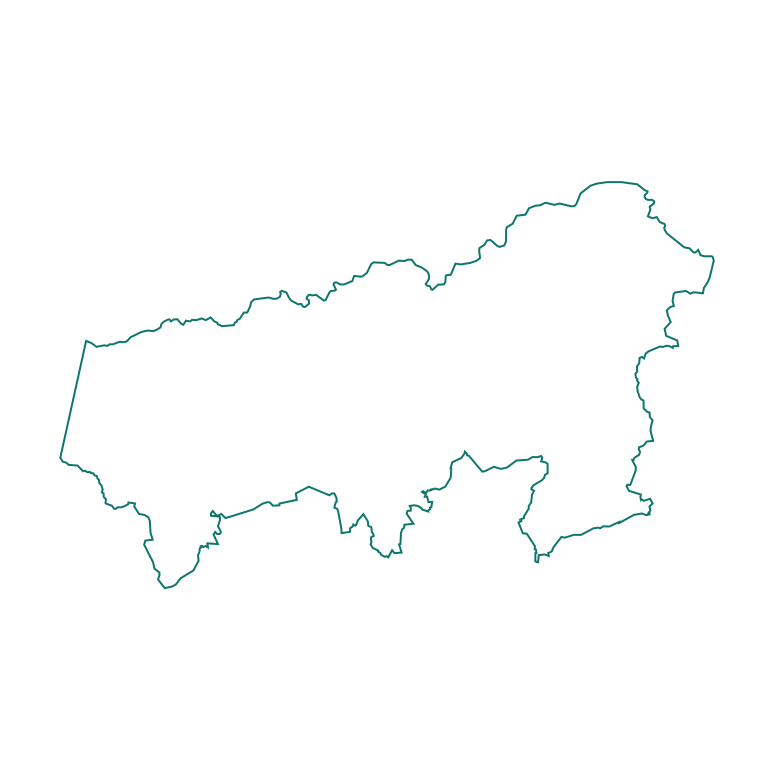 outline of Tecozautla, Hidalgo, Mexico, rotated 7°
{"feature_id": "50627088B66071883870348", "entity_name": "Tecozautla", "entity_type": "district", "adm_level": 2, "iso_a3": "MEX", "parent_name": "Mexico", "parent_adm1": "Hidalgo", "projection": "natural_earth1", "projection_center": [-99.632, 20.54], "detail": "fine", "context": "isolated", "style": "outline", "palette": "teal", "viewbox_px": 768, "rotation_deg": 7, "n_neighbors": 0, "source": "geoboundaries", "source_scale": "gbopen_adm2", "svg_char_len": 6142}
<svg xmlns="http://www.w3.org/2000/svg" viewBox="0 0 768 768"><g transform="rotate(7 384 384)"><path d="M665.2,469.9L662.1,465.5L656.1,468.3L653.3,466.8L653.1,467.3L652.3,465.2L652.4,462.4L640.2,460.2L637.2,455.9L637.9,454.3L640.4,454.3L640.9,453.5L644.3,439.6L644.1,435.8L639.6,429.1L640.9,428.9L641.3,426.9L645.9,423.2L646.4,420.2L644.8,417.6L644.8,415.8L649.1,413.5L651.8,409.1L658.1,407.6L654.3,398.3L654.1,393.8L655.0,387.3L651.9,384.4L651.1,380.0L648.7,379.6L644.7,376.6L643.6,368.8L641.1,367.9L639.4,366.0L636.6,360.2L635.6,356.0L636.7,351.7L634.7,349.6L634.9,348.3L633.3,347.1L632.3,343.1L633.8,340.9L632.9,335.9L634.8,332.2L634.5,327.0L636.6,325.7L639.0,326.9L640.0,321.9L642.7,319.3L653.3,313.2L656.1,313.3L659.8,311.6L662.4,311.5L666.2,313.0L666.5,311.2L671.4,310.5L669.8,305.1L658.2,301.8L655.8,295.0L661.0,287.7L657.2,280.9L655.8,276.3L658.7,272.8L662.2,271.2L660.3,266.6L660.6,259.2L661.7,257.7L672.4,254.9L677.2,257.0L680.1,255.2L689.5,255.1L689.8,249.8L693.1,242.9L694.3,238.6L696.3,221.0L694.5,217.6L693.5,217.3L686.1,218.2L682.4,217.5L679.6,212.6L677.1,215.5L675.2,215.7L670.8,212.1L665.4,211.8L646.5,200.1L643.9,197.0L643.1,194.7L643.8,192.7L643.0,191.0L638.0,189.7L634.4,185.1L630.2,186.8L625.5,185.4L627.1,178.6L626.1,175.5L629.8,172.2L630.0,169.9L627.6,168.5L623.5,169.1L621.3,168.4L619.9,166.7L619.8,164.7L622.0,162.0L622.1,160.7L618.9,159.7L611.0,154.9L594.8,154.7L580.6,156.5L570.4,159.3L564.7,162.1L555.9,170.9L552.9,182.1L551.3,184.2L548.4,184.8L536.3,183.5L531.2,185.4L522.1,184.4L517.2,187.5L512.3,188.7L506.5,191.9L503.8,198.7L495.2,200.8L492.2,209.2L486.8,213.4L486.4,215.2L487.7,228.0L486.4,231.9L481.9,233.8L479.3,232.9L472.2,228.1L468.9,228.9L466.7,233.6L462.3,237.3L462.1,239.6L464.0,247.3L460.7,250.5L454.8,253.3L445.5,256.0L440.3,255.8L437.0,267.4L432.6,268.5L432.1,269.4L432.5,275.0L431.4,277.8L425.7,278.8L420.7,284.6L419.4,284.3L417.7,281.4L414.5,281.0L413.2,279.7L415.7,274.6L415.8,272.6L415.0,269.5L413.1,266.9L406.9,263.6L401.1,262.2L396.3,257.2L392.2,257.8L389.6,259.4L383.6,259.8L375.0,265.3L373.0,265.5L369.8,263.7L358.6,264.6L356.6,266.7L353.5,275.8L349.8,279.5L348.2,280.3L341.2,280.4L340.0,285.7L332.3,290.0L328.3,290.6L324.5,288.9L322.4,289.5L321.8,291.3L324.8,296.3L323.6,297.4L320.0,298.1L318.8,299.4L315.7,308.1L314.1,308.5L305.8,303.8L302.0,304.8L298.6,304.5L296.9,307.2L296.8,308.9L299.3,310.1L299.8,313.4L296.2,317.2L294.2,317.0L292.0,314.6L289.2,315.4L282.2,312.8L279.9,310.9L275.8,304.9L271.1,304.1L269.7,305.4L270.6,307.4L270.0,310.2L267.0,312.4L263.9,313.0L258.9,312.2L244.7,315.9L242.1,319.0L241.8,322.9L239.6,329.7L236.2,330.2L232.8,337.0L230.7,338.3L230.2,340.2L228.5,341.2L227.8,343.9L216.1,346.3L211.7,344.9L211.2,343.6L207.6,342.3L203.9,339.1L199.3,342.3L195.0,341.2L190.0,343.5L185.7,343.7L183.9,345.5L179.7,345.3L177.6,349.6L175.7,349.2L170.9,344.9L167.5,345.6L164.9,347.8L163.7,346.3L162.0,346.2L157.6,349.2L155.8,351.5L155.2,355.1L152.3,357.5L148.4,359.7L143.0,359.7L136.7,362.0L126.8,368.5L123.7,372.8L121.0,374.2L116.4,374.3L110.1,377.7L106.9,378.0L104.5,379.9L101.6,379.7L94.1,382.1L88.6,379.0L83.1,377.5L71.7,496.5L74.6,500.2L78.1,500.8L80.9,502.7L89.8,502.3L95.9,507.3L97.8,506.5L100.3,507.7L102.9,507.1L104.1,508.2L106.3,508.0L107.7,509.9L110.2,510.4L111.1,512.6L112.6,513.7L113.5,516.8L116.1,519.5L117.7,523.1L117.1,525.9L119.0,526.7L119.6,530.3L122.1,532.4L122.1,536.2L122.9,536.7L128.6,537.9L131.3,540.7L133.0,540.6L134.4,538.9L138.3,538.4L141.5,536.8L144.7,534.5L144.8,532.7L151.5,532.9L151.0,536.0L156.7,542.8L162.4,543.2L166.4,545.1L168.2,548.2L170.4,560.1L173.4,566.7L166.2,568.5L165.5,572.7L176.5,589.0L178.6,595.1L184.1,598.6L184.4,601.4L183.5,605.5L191.2,613.3L197.5,611.2L201.6,608.7L206.0,601.4L217.5,592.4L221.5,582.1L220.3,576.6L221.3,572.9L221.2,569.5L222.2,568.6L221.8,567.4L222.9,566.9L224.4,567.9L226.7,566.5L229.2,567.7L228.1,563.7L238.6,563.1L233.2,554.1L234.5,551.4L236.8,553.2L239.3,552.8L240.1,551.5L239.7,549.7L236.5,545.4L237.7,539.4L237.5,536.4L236.6,535.6L228.4,535.9L228.0,533.5L229.6,530.9L233.6,534.9L236.1,534.5L238.3,532.8L243.1,536.4L269.7,524.4L278.0,517.6L282.6,515.5L285.0,515.4L288.6,518.3L294.9,517.2L294.8,515.4L311.6,509.6L309.8,503.4L321.9,495.1L343.3,501.1L345.5,499.0L348.0,498.7L350.7,502.8L351.4,506.7L350.5,507.3L349.8,512.7L352.7,513.6L353.9,515.7L359.2,532.3L360.1,537.2L368.2,534.9L368.0,531.3L370.3,529.1L370.6,527.2L372.4,528.1L373.5,527.4L374.6,522.7L379.4,515.7L384.7,522.3L385.7,526.7L388.9,527.7L390.0,532.4L391.8,534.4L392.3,536.2L390.1,537.3L389.9,539.9L390.8,542.2L390.3,545.0L393.0,548.2L398.4,549.9L398.6,551.0L401.0,552.2L401.7,553.7L405.6,555.5L407.6,554.5L409.3,555.6L412.3,548.0L415.0,550.6L422.0,549.2L418.5,541.3L419.8,540.8L419.0,529.7L419.8,526.0L421.5,524.2L421.4,521.2L430.2,519.1L422.2,509.8L422.8,507.1L425.9,506.5L425.7,503.6L424.4,501.9L428.5,500.7L432.4,500.9L436.4,502.7L437.3,504.0L443.3,505.1L443.0,504.5L444.9,502.7L444.6,501.1L445.9,500.7L446.2,495.2L442.5,495.7L440.6,490.6L438.2,490.9L439.0,488.4L434.9,486.6L435.8,485.6L437.6,486.7L439.3,486.4L440.5,484.3L442.3,484.2L443.0,483.2L443.8,483.6L444.7,482.4L446.1,482.6L447.3,481.5L451.8,482.1L457.5,478.2L461.6,468.8L461.3,461.7L460.9,459.6L460.3,459.6L461.3,453.3L469.7,448.1L472.3,443.4L472.5,441.3L474.7,443.0L475.1,444.6L477.0,444.9L492.2,459.0L494.9,458.2L503.1,452.8L510.2,454.0L514.4,452.7L517.1,451.2L524.6,443.9L536.1,441.6L540.4,438.4L545.5,437.9L548.7,436.3L550.1,438.0L549.4,441.7L553.7,442.0L556.1,443.4L557.3,452.7L554.9,454.5L554.3,457.9L552.5,460.3L544.7,466.3L543.0,469.4L543.1,470.5L545.9,471.8L544.4,475.9L544.5,483.8L542.5,487.4L542.9,490.0L539.1,498.2L539.3,500.0L535.7,502.0L534.9,501.7L537.0,503.3L534.4,505.1L540.0,515.3L543.9,515.1L553.6,526.6L553.7,529.6L555.1,529.9L555.8,533.3L554.9,533.5L555.8,541.7L558.6,542.1L558.5,535.0L564.2,533.6L568.5,534.6L567.6,531.8L570.8,529.9L572.3,525.0L578.8,514.1L582.2,514.5L590.7,510.6L598.0,509.7L609.3,501.8L614.0,500.5L616.3,500.8L618.8,498.6L624.9,498.0L634.4,492.2L634.4,493.3L647.9,483.5L655.7,481.1L660.0,482.1L661.8,481.8L662.1,480.8L663.4,481.0L663.2,479.0L662.6,479.1L663.8,476.9L662.4,473.1L665.2,469.9Z" fill="none" stroke="#0f766e" stroke-width="2"/></g></svg>